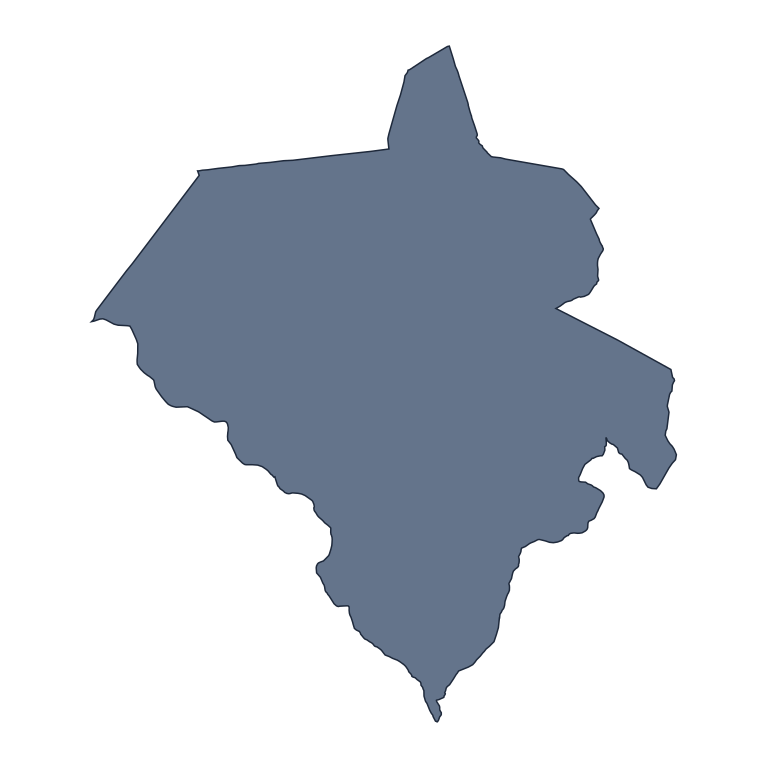 the district of Barna, Timis, Romania
{"feature_id": "2599482B99688223143518", "entity_name": "Barna", "entity_type": "district", "adm_level": 2, "iso_a3": "ROU", "parent_name": "Romania", "parent_adm1": "Timis", "projection": "robinson", "projection_center": [22.07, 45.706], "detail": "fine", "context": "isolated", "style": "filled", "palette": "slate", "viewbox_px": 768, "rotation_deg": 0, "n_neighbors": 0, "source": "geoboundaries", "source_scale": "gbopen_adm2", "svg_char_len": 6096}
<svg xmlns="http://www.w3.org/2000/svg" viewBox="0 0 768 768"><path d="M468.3,667.1L472.7,664.7L475.0,662.1L476.6,659.8L480.3,656.1L482.9,652.8L484.3,651.4L486.1,649.0L489.4,646.3L494.0,641.7L496.4,634.5L498.4,627.6L499.4,617.9L499.6,617.9L499.9,614.3L501.5,611.9L502.2,610.2L503.5,608.7L504.1,607.2L504.6,605.3L505.0,601.6L505.3,600.6L506.7,596.4L507.7,594.0L508.4,592.9L509.4,590.4L509.5,587.5L509.4,585.6L508.9,583.9L509.0,583.3L511.5,578.6L512.2,575.1L512.8,572.7L513.5,571.0L515.6,568.8L517.5,567.5L518.4,566.3L518.6,565.2L518.5,564.2L519.0,563.1L519.2,561.2L519.2,559.4L518.6,556.6L520.3,553.3L520.9,551.6L521.2,549.2L521.6,548.1L525.4,546.5L529.6,543.5L531.0,542.8L534.3,541.5L537.9,539.6L539.6,539.5L545.3,540.9L549.5,542.3L553.3,542.7L555.3,542.4L557.6,542.0L561.4,540.6L562.6,539.7L564.2,537.6L567.2,535.6L568.0,535.6L568.4,535.4L568.9,534.5L569.7,533.8L570.9,533.3L574.0,532.9L577.7,533.3L579.6,533.2L582.1,532.8L585.2,531.1L586.3,530.2L587.2,529.1L587.7,527.7L587.9,523.7L588.2,522.3L589.1,521.0L590.9,520.4L594.1,518.6L595.2,517.1L596.9,512.6L597.8,511.0L598.9,508.4L602.2,502.0L604.0,497.2L604.1,496.0L603.9,494.7L602.9,492.9L600.5,490.6L595.7,487.7L593.5,486.9L592.3,485.7L591.0,484.9L587.7,483.8L585.6,482.2L580.9,481.9L579.5,481.5L578.9,481.0L578.7,480.4L578.6,477.7L580.2,474.6L582.6,468.6L584.9,464.4L590.8,459.9L592.1,458.3L593.2,458.3L596.6,456.6L600.3,455.8L602.1,455.8L603.3,454.3L604.9,450.1L604.7,446.7L606.1,445.7L606.3,444.2L606.3,441.9L605.9,437.4L606.9,439.1L606.9,439.8L607.7,441.0L609.8,442.9L611.8,444.1L613.3,444.5L617.4,448.0L618.7,452.6L620.2,453.8L621.9,454.1L625.3,458.5L627.2,460.2L628.3,462.5L628.9,464.9L629.5,468.6L631.4,469.9L635.1,471.7L640.4,475.0L642.5,477.4L646.2,484.9L648.0,487.2L651.8,488.5L656.4,488.8L659.9,483.9L669.0,467.9L672.3,463.2L675.5,459.7L676.4,454.7L674.1,449.2L672.2,446.2L669.8,443.7L667.8,440.7L665.2,435.3L665.8,431.0L666.9,428.8L669.0,412.2L667.3,406.4L667.4,405.0L669.6,394.4L670.6,392.4L671.9,391.1L672.4,384.8L673.6,382.1L674.5,380.7L674.1,378.9L672.6,377.4L670.9,369.5L617.9,340.2L555.9,308.5L560.3,306.0L564.8,302.6L567.1,301.6L570.4,300.9L571.9,300.3L573.3,299.2L579.1,296.7L580.5,297.1L584.2,296.4L588.1,294.6L589.1,293.8L591.0,291.0L593.8,286.4L594.8,285.3L596.6,283.9L596.9,282.2L598.5,280.6L598.6,279.8L597.6,276.2L598.0,269.4L597.5,265.6L597.5,262.9L597.7,260.7L598.2,258.6L598.9,257.2L600.6,254.0L602.7,250.9L603.2,249.7L603.2,248.4L602.6,247.4L602.3,246.0L601.8,245.4L600.1,242.4L599.4,240.6L599.1,239.1L596.5,233.7L590.4,219.3L590.5,218.8L594.6,214.8L596.3,212.8L597.3,210.7L599.0,208.4L595.5,204.9L581.4,186.7L576.7,181.8L568.5,174.5L563.6,169.5L561.9,168.9L505.6,159.1L500.6,157.8L493.0,157.0L491.3,156.6L487.2,152.7L487.1,152.2L483.1,148.1L482.6,147.1L482.3,145.9L480.0,144.3L478.7,142.8L478.9,141.1L478.2,140.0L476.4,138.0L476.3,137.2L476.6,136.3L477.1,135.8L477.3,135.0L477.1,133.7L474.5,125.6L471.8,118.0L471.4,115.7L471.1,115.1L470.0,111.7L468.2,105.1L468.3,104.8L467.8,102.6L459.1,76.3L458.2,73.0L457.2,70.3L455.4,66.4L453.3,58.9L449.3,46.1L447.4,46.5L428.3,57.7L426.5,58.5L409.9,69.5L408.7,70.0L408.1,70.1L407.4,72.5L405.0,75.7L404.0,81.8L400.4,95.1L396.9,105.6L388.9,133.9L387.9,138.3L387.9,139.9L388.9,149.0L370.7,151.4L332.0,155.6L292.8,160.3L283.8,160.7L270.4,162.4L258.5,163.4L256.4,164.0L244.9,165.4L239.2,165.6L232.0,166.9L217.9,168.4L207.7,169.8L202.4,170.2L198.8,170.9L197.6,170.9L199.2,175.4L132.6,263.3L126.5,270.8L116.7,283.7L96.6,310.3L95.7,311.8L94.4,317.2L93.7,319.3L93.3,319.9L91.6,321.6L94.1,321.1L99.9,319.1L102.9,318.8L106.1,319.9L113.9,324.1L118.1,325.2L127.5,325.7L129.9,326.1L131.8,329.4L136.3,339.4L137.8,343.8L137.7,353.5L137.1,359.7L137.1,361.9L137.3,364.4L139.4,367.6L140.7,369.3L144.1,372.7L147.5,375.3L149.5,376.5L153.5,379.8L154.0,380.9L155.2,386.8L156.2,389.1L161.6,396.7L165.6,401.5L167.4,403.4L168.3,404.3L171.1,405.8L172.8,406.4L176.1,407.2L187.4,406.7L198.5,411.8L212.1,421.0L214.4,422.0L216.5,421.9L222.3,421.2L224.3,421.2L225.8,421.7L227.1,423.1L227.6,424.4L228.3,427.6L228.1,430.8L227.8,432.6L227.5,436.5L227.8,440.2L231.2,444.6L235.6,454.2L236.9,457.6L242.4,463.0L244.5,464.4L245.9,464.7L252.2,464.7L257.7,465.1L262.2,466.6L266.0,469.2L267.9,470.7L271.0,474.4L271.7,474.7L274.0,477.2L274.9,476.8L275.2,478.0L277.4,484.9L277.9,486.0L278.9,486.9L280.1,488.7L283.5,491.1L284.7,492.4L286.8,493.4L288.6,493.7L289.9,493.6L291.8,493.0L292.7,492.9L298.0,493.3L301.6,494.0L305.2,495.6L311.8,500.3L312.7,501.3L314.0,504.6L314.3,506.9L313.8,507.9L314.1,510.1L314.5,511.0L315.9,512.9L317.5,515.6L318.7,517.0L322.7,520.5L324.7,522.8L327.6,525.0L330.6,527.7L330.8,528.6L330.7,532.3L331.0,534.5L331.3,534.8L332.0,537.2L332.2,539.4L332.0,543.2L331.8,545.5L330.9,549.2L329.4,554.0L328.7,555.6L323.5,560.9L320.3,562.1L318.4,563.0L317.5,564.0L316.5,566.0L316.2,567.9L316.6,572.9L320.4,577.3L322.9,583.2L324.1,585.1L324.6,586.9L325.1,590.1L325.5,591.2L326.1,592.1L327.1,593.0L327.8,594.4L329.1,595.9L334.1,603.8L336.5,605.9L337.8,606.4L338.7,606.5L339.6,606.2L347.2,605.8L348.3,606.0L349.0,606.7L349.2,608.0L349.1,610.2L349.4,613.2L349.9,615.0L351.1,617.5L352.6,622.1L353.1,624.1L354.4,628.4L356.3,630.0L359.4,631.5L360.3,632.9L360.7,634.2L363.7,637.9L364.8,639.0L367.0,639.9L369.5,641.7L371.4,642.7L372.7,643.7L374.5,646.0L375.5,646.5L377.0,646.9L379.6,648.7L381.4,650.2L385.1,655.0L389.3,656.6L392.5,658.3L397.4,660.2L399.9,661.7L404.1,664.8L405.7,666.4L407.3,668.7L408.4,670.5L408.7,671.7L411.0,674.1L412.0,676.0L411.9,676.4L412.9,677.0L415.3,677.8L417.0,679.5L420.3,681.9L420.9,683.2L421.0,685.2L422.6,687.3L423.1,689.0L423.9,690.6L424.0,696.1L425.4,700.9L425.8,701.8L426.5,702.6L427.2,703.9L429.7,710.2L431.4,713.4L432.8,715.2L433.1,716.6L435.5,721.2L436.0,721.2L437.1,721.9L437.6,721.6L438.5,720.2L439.7,716.8L440.9,715.4L441.3,714.5L441.3,713.6L441.3,712.7L439.9,710.3L439.7,709.2L439.7,707.1L439.4,705.9L436.7,701.6L436.4,700.3L436.7,700.1L438.9,699.6L443.8,697.4L444.1,696.0L445.1,694.5L445.3,693.5L444.7,692.8L445.6,690.7L446.2,688.1L447.2,686.6L449.6,684.7L453.4,679.0L456.2,674.4L457.3,673.1L458.6,671.0L468.3,667.1Z" fill="#64748b" stroke="#1e293b" stroke-width="1.5"/></svg>